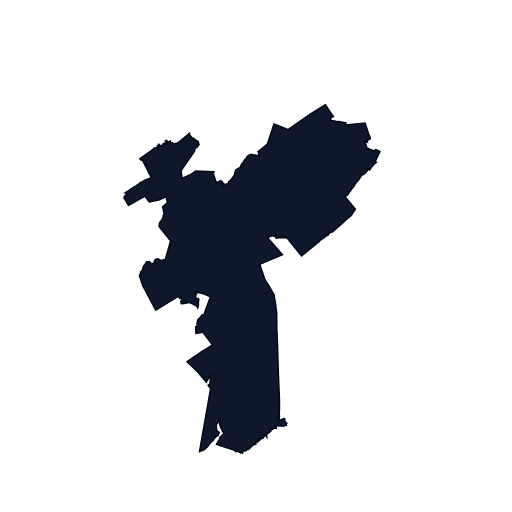 outline of Asientos, Aguascalientes, Mexico, rotated 50°
{"feature_id": "50627088B20342766547871", "entity_name": "Asientos", "entity_type": "district", "adm_level": 2, "iso_a3": "MEX", "parent_name": "Mexico", "parent_adm1": "Aguascalientes", "projection": "natural_earth1", "projection_center": [-102.056, 22.132], "detail": "fine", "context": "isolated", "style": "filled", "palette": "ink", "viewbox_px": 512, "rotation_deg": 50, "n_neighbors": 0, "source": "geoboundaries", "source_scale": "gbopen_adm2", "svg_char_len": 6025}
<svg xmlns="http://www.w3.org/2000/svg" viewBox="0 0 512 512"><g transform="rotate(50 256 256)"><path d="M171.0,311.3L189.6,311.7L198.9,325.6L201.3,328.7L200.9,329.0L200.3,328.5L199.6,328.7L199.4,329.1L199.4,329.7L199.6,330.1L199.1,330.4L199.2,331.1L198.0,331.6L197.2,332.2L197.1,332.5L196.6,332.4L195.2,332.8L194.8,333.9L194.2,334.5L193.9,335.0L194.0,335.8L194.3,336.7L194.9,337.5L195.4,337.3L195.7,337.8L195.8,338.7L195.4,339.6L195.4,340.1L195.0,340.4L194.7,341.0L194.2,341.2L193.0,341.2L192.5,341.1L191.7,341.3L190.6,342.8L190.3,343.0L190.4,344.5L191.1,346.3L191.3,348.3L192.0,349.6L193.9,352.2L194.1,354.6L196.5,358.1L206.2,361.9L233.0,367.6L236.9,341.4L239.5,341.6L240.0,341.0L240.1,339.8L241.2,339.9L241.6,340.6L241.8,341.4L242.1,342.0L242.2,341.9L242.3,342.1L242.6,342.8L243.3,343.1L243.5,343.4L244.1,343.5L244.3,343.8L244.5,343.7L244.6,343.2L245.2,343.2L245.3,343.1L245.7,342.3L245.7,341.9L246.2,341.4L246.6,340.9L246.9,339.7L246.8,339.3L246.8,338.7L247.6,339.2L248.3,337.6L248.9,336.9L251.7,335.4L253.3,334.9L254.8,334.2L256.5,333.7L258.2,334.0L257.6,333.2L257.4,332.5L256.5,331.8L256.1,331.1L254.8,330.3L254.4,329.9L254.0,329.4L253.7,329.0L252.8,327.9L252.0,327.6L251.4,327.6L251.2,328.0L251.1,329.1L250.9,329.4L250.7,329.5L250.3,329.0L249.8,329.1L249.2,328.6L248.7,328.7L247.8,328.2L247.4,327.7L247.3,327.1L247.0,326.3L246.5,325.6L246.0,325.2L245.2,325.1L251.5,320.3L258.0,317.1L263.9,327.6L266.8,332.5L268.0,333.3L267.1,334.6L266.4,335.3L267.2,338.2L267.4,341.5L269.5,344.3L272.1,346.5L271.4,347.7L276.7,351.8L279.5,347.0L279.8,345.7L296.2,346.5L294.3,359.3L292.6,376.8L307.0,375.2L320.8,375.2L317.5,366.9L324.4,373.5L324.2,375.7L328.4,376.0L369.5,425.0L370.6,422.0L370.8,420.7L371.1,420.2L370.9,415.3L369.7,410.4L369.8,407.0L369.1,405.7L368.6,401.6L369.1,400.8L368.6,400.4L368.8,400.0L367.6,397.5L364.6,398.3L359.9,395.2L358.8,391.9L357.4,387.0L358.2,388.9L359.3,390.2L360.4,391.3L362.1,392.3L364.8,393.3L368.6,394.3L369.0,394.3L369.1,393.9L369.5,394.0L369.5,394.4L372.0,394.6L371.5,396.3L371.6,399.6L372.0,400.6L373.1,401.7L373.6,403.7L374.8,407.3L376.8,406.2L389.2,398.4L391.3,397.2L391.3,397.3L392.9,397.2L392.7,396.4L396.5,394.3L397.2,394.3L397.4,392.9L398.2,393.0L397.5,391.4L398.2,389.6L398.6,388.8L398.6,387.6L398.7,387.2L398.7,386.6L398.9,385.8L399.5,385.8L399.0,382.6L399.1,381.2L398.8,380.4L398.7,379.0L398.5,378.6L399.3,378.9L399.7,377.5L400.0,376.9L398.6,376.0L398.9,373.9L399.5,374.2L399.4,372.1L398.5,370.3L399.3,370.4L399.2,370.2L399.8,368.1L400.0,368.0L400.0,367.7L399.6,367.7L399.6,366.6L399.3,366.5L399.4,364.0L401.7,364.2L401.1,363.7L400.5,363.4L400.1,363.4L399.4,363.1L399.8,357.4L398.6,357.1L399.1,356.0L399.7,352.9L399.9,352.3L400.3,351.7L400.5,351.8L401.0,351.1L400.2,350.6L399.1,349.6L404.0,344.3L404.3,343.9L404.7,341.8L405.1,341.4L403.8,340.7L403.7,340.4L404.2,339.3L403.7,340.3L400.3,340.0L400.4,339.9L399.6,338.7L398.4,339.1L396.8,344.2L393.8,341.0L393.1,340.6L390.9,338.8L388.4,336.5L381.4,330.6L361.3,315.1L335.4,294.7L324.3,286.2L312.5,276.4L307.4,273.3L306.0,272.2L300.8,269.3L297.4,267.1L288.3,265.5L279.3,264.2L264.8,258.4L266.7,252.0L272.0,234.9L249.8,235.4L249.1,235.1L249.6,234.4L250.7,231.1L250.7,230.3L251.4,229.7L252.1,230.0L252.7,229.3L252.4,227.3L252.6,227.1L254.8,229.0L254.7,229.1L254.9,229.3L255.2,229.2L256.4,227.4L256.2,227.4L261.9,220.6L285.2,221.1L285.5,197.6L285.2,196.0L285.7,192.8L285.7,188.5L286.3,188.1L286.4,187.4L285.8,186.9L286.0,182.0L286.3,182.3L286.7,182.2L286.3,165.3L286.1,164.4L286.2,157.4L284.0,149.8L267.6,149.7L268.1,147.1L267.8,145.6L267.0,143.1L266.7,141.4L265.8,138.2L265.7,136.5L265.3,135.3L265.1,135.4L263.7,129.9L263.9,129.9L263.5,127.8L262.1,123.0L262.8,120.3L262.5,117.5L261.7,113.9L262.5,113.7L263.1,113.7L261.5,107.0L261.6,103.6L260.0,103.7L259.4,102.1L255.6,93.9L251.4,95.8L251.9,97.6L250.3,98.3L250.5,98.8L250.0,98.9L244.8,101.4L244.2,101.4L238.3,99.1L240.5,97.5L239.0,96.7L239.7,93.0L238.3,92.3L235.0,91.3L224.3,87.0L212.9,103.6L211.8,101.5L211.6,101.6L211.7,101.8L206.9,105.5L205.7,106.6L205.9,107.0L204.5,108.3L204.1,108.3L200.1,111.6L198.0,109.7L199.0,107.1L191.5,106.4L184.7,105.6L182.3,122.3L179.8,150.2L166.4,157.3L177.6,175.4L177.4,186.4L178.3,186.6L177.4,187.4L178.4,187.7L181.4,189.4L178.3,191.5L177.1,192.9L175.7,193.7L175.0,194.5L174.9,195.3L174.6,195.4L174.5,195.9L174.2,197.2L174.1,198.3L174.1,198.8L174.6,199.8L174.7,200.7L174.9,201.1L174.9,202.1L175.3,204.0L175.7,204.9L176.2,205.6L176.2,206.5L176.5,208.3L177.9,210.9L177.3,215.0L177.1,216.1L178.1,218.1L179.1,219.2L179.4,219.2L180.3,221.2L181.1,223.8L180.9,225.1L181.1,224.6L181.4,224.6L181.6,229.1L182.7,231.3L181.7,232.5L181.6,235.2L180.7,235.5L180.3,235.1L179.9,234.1L179.0,234.3L178.1,234.9L177.4,234.2L177.3,234.5L177.6,234.9L176.1,234.6L176.1,235.4L175.5,235.0L175.0,236.9L174.6,239.3L165.7,236.0L164.4,234.1L152.0,247.8L151.6,253.9L149.0,262.7L142.5,258.6L136.3,236.1L136.1,235.6L134.8,234.2L134.3,232.9L134.9,231.7L133.9,227.8L132.8,227.7L131.5,226.9L130.4,227.0L130.2,227.1L129.9,227.1L129.8,227.3L127.6,228.0L127.0,227.9L126.0,228.1L125.6,228.4L125.3,228.5L125.0,228.6L124.0,229.0L121.6,229.1L120.2,228.7L119.3,228.1L119.2,241.3L119.0,243.5L116.9,247.4L115.6,247.2L115.5,248.5L113.3,248.3L112.9,247.8L112.6,248.8L112.6,250.9L111.8,250.7L111.2,250.3L109.9,250.1L109.7,250.8L109.8,251.1L109.6,251.5L112.0,253.0L111.3,253.1L111.3,254.2L110.7,254.0L110.4,255.5L110.9,255.8L111.0,256.5L110.8,257.1L111.1,257.1L111.1,257.8L109.8,258.3L108.0,258.5L108.2,259.0L108.3,261.0L109.7,261.1L107.8,265.1L108.2,265.2L106.9,282.6L108.6,282.5L108.9,282.1L109.0,281.2L128.8,285.9L126.5,292.1L125.9,296.7L125.5,296.9L125.4,300.5L123.5,315.6L124.4,314.9L125.5,315.4L125.9,315.5L125.4,317.2L125.8,317.3L126.0,317.5L126.3,318.5L126.1,318.9L127.0,318.6L127.8,319.1L127.3,319.9L135.3,321.1L138.8,302.6L146.0,303.1L150.8,294.0L152.6,287.4L153.0,287.0L158.3,289.4L158.2,295.9L161.3,297.4L162.7,298.4L163.5,298.3L165.8,300.7L165.5,301.2L166.7,302.3L168.3,306.0L168.1,306.2L168.1,306.8L168.3,307.6L168.7,308.8L171.0,311.3Z" fill="#0f172a" stroke="#020617" stroke-width="1.5"/></g></svg>